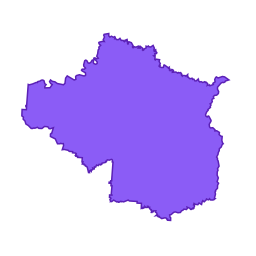 Kyogle, New South Wales, Australia, rotated 85°
{"feature_id": "25037944B88748338867232", "entity_name": "Kyogle", "entity_type": "district", "adm_level": 2, "iso_a3": "AUS", "parent_name": "Australia", "parent_adm1": "New South Wales", "projection": "robinson", "projection_center": [152.788, -28.646], "detail": "fine", "context": "isolated", "style": "filled", "palette": "violet", "viewbox_px": 256, "rotation_deg": 85, "n_neighbors": 0, "source": "geoboundaries", "source_scale": "gbopen_adm2", "svg_char_len": 5715}
<svg xmlns="http://www.w3.org/2000/svg" viewBox="0 0 256 256"><g transform="rotate(85 128 128)"><path d="M106.7,232.7L108.1,231.2L110.0,231.7L112.1,230.0L115.1,229.4L116.9,227.0L119.9,224.6L120.2,223.6L119.8,221.7L120.1,220.8L119.4,218.2L120.6,216.8L121.0,213.8L119.2,211.0L119.8,207.8L121.8,206.6L122.0,205.3L121.2,202.3L126.7,204.5L126.6,204.9L127.3,205.8L129.7,206.0L132.5,201.4L137.6,199.6L137.8,197.1L137.4,196.3L137.9,195.3L137.9,193.8L139.9,193.7L143.9,195.4L143.8,193.4L145.0,189.6L146.2,188.5L146.7,185.2L147.9,185.4L148.4,182.5L148.9,181.8L149.6,182.3L150.3,181.9L150.8,182.9L151.5,182.6L151.8,180.6L152.9,180.8L153.6,176.1L157.7,176.8L157.8,175.8L159.9,176.7L160.1,175.0L160.8,175.0L161.5,173.6L162.0,173.8L163.4,172.0L169.0,171.2L169.1,170.2L167.6,170.4L167.1,169.4L168.0,168.4L166.6,168.3L166.6,167.0L166.1,166.4L164.9,166.6L165.7,165.2L163.8,164.8L164.1,163.6L162.2,162.6L162.9,160.9L161.7,160.0L162.4,158.4L161.7,158.1L161.8,157.3L160.8,157.0L160.3,153.2L159.3,153.1L159.4,152.4L157.9,151.4L158.4,149.3L157.8,147.4L158.1,146.6L159.0,146.3L160.4,146.7L160.7,145.9L161.1,146.0L179.2,148.9L179.1,149.9L180.6,150.2L180.3,151.5L181.3,151.7L181.6,149.6L184.0,150.0L184.2,149.0L193.2,150.6L193.6,149.1L193.1,152.2L195.6,152.5L195.8,151.5L196.7,151.2L197.9,152.3L199.5,151.4L199.8,151.7L199.9,150.6L198.6,148.6L200.7,145.6L200.5,144.5L201.1,144.1L201.1,143.2L200.4,141.9L200.9,141.2L200.6,140.8L201.2,138.7L199.8,134.1L200.8,133.0L202.0,125.3L203.6,125.5L204.2,121.2L209.3,121.8L208.9,120.6L209.4,120.3L209.1,119.6L208.5,119.6L208.8,118.9L208.3,118.7L208.5,117.8L208.0,117.8L208.7,117.3L208.8,115.5L208.1,115.4L208.5,115.1L208.2,114.6L208.6,114.6L208.9,113.4L209.4,113.8L210.5,113.3L211.4,112.0L212.3,112.2L212.9,111.5L214.1,112.1L214.2,111.6L213.3,111.2L213.6,110.7L212.9,110.3L213.4,110.0L212.8,109.4L212.9,107.5L214.2,108.0L215.2,106.8L216.7,106.6L217.7,107.9L217.6,106.9L218.3,106.3L217.9,105.9L219.1,105.5L218.9,104.5L219.4,104.5L221.2,102.3L220.7,99.1L221.0,97.9L222.2,97.3L222.2,96.6L223.3,96.7L223.8,93.6L221.1,93.3L220.5,93.9L218.2,94.1L218.0,92.6L216.0,89.8L215.7,88.2L216.8,85.6L216.7,83.1L215.1,81.9L214.8,80.6L213.7,79.4L214.3,76.8L213.1,75.8L212.0,76.0L213.4,73.4L214.5,72.8L214.6,71.9L214.0,71.4L214.3,70.4L213.9,69.6L213.3,70.0L213.1,69.3L211.5,68.5L210.5,68.8L210.3,69.4L208.9,68.8L209.9,67.6L210.5,65.1L208.9,63.8L210.6,61.4L208.1,60.6L206.9,59.8L208.2,58.6L206.5,56.4L205.6,56.0L206.6,54.3L206.4,53.6L205.6,53.0L206.9,52.0L207.1,50.3L207.0,48.8L206.0,47.4L205.8,48.1L201.4,46.6L199.4,46.9L198.6,46.2L197.9,46.3L195.8,44.1L192.9,43.8L190.9,42.6L189.3,43.9L185.6,42.4L182.7,43.3L179.4,42.9L177.9,42.0L176.4,42.4L173.9,40.6L168.6,41.1L167.3,41.7L165.9,41.5L164.7,42.3L162.1,40.6L160.3,40.2L158.6,39.1L156.6,38.8L155.1,36.8L152.5,35.5L152.0,34.5L150.8,35.2L148.5,35.6L144.6,34.9L144.2,36.1L142.5,37.8L140.4,37.3L138.5,39.8L138.4,41.7L137.3,41.5L135.1,43.5L135.1,45.9L133.9,46.7L131.4,46.8L128.6,44.8L127.6,44.6L123.4,46.4L123.0,47.1L123.9,48.0L123.7,48.5L122.7,49.5L121.3,49.5L118.8,48.2L117.3,46.6L116.6,46.8L114.7,44.1L114.0,44.4L112.3,43.3L111.1,44.1L110.2,42.5L108.9,41.7L107.5,42.0L106.5,41.5L106.0,39.9L104.4,40.3L103.1,39.1L103.0,36.8L101.6,35.0L99.6,34.5L97.1,35.5L95.0,35.2L91.3,31.3L90.8,29.9L91.1,28.7L90.5,27.3L89.7,26.9L88.9,23.3L85.5,27.3L84.9,29.4L86.0,33.8L84.8,35.6L85.8,36.6L87.3,37.4L89.6,37.2L90.9,39.5L92.1,39.2L93.0,42.5L92.4,42.9L92.8,43.1L92.0,44.5L92.4,45.3L90.7,44.8L89.0,46.4L89.4,47.0L88.6,47.6L89.2,49.5L88.2,51.1L88.4,52.5L87.2,53.5L85.8,53.6L86.2,53.9L85.7,54.3L87.0,55.9L86.9,57.2L85.0,58.2L85.2,59.4L84.0,59.8L84.3,62.0L84.0,62.5L82.4,63.6L82.4,64.2L80.0,63.9L81.5,65.8L80.8,66.4L80.5,68.7L81.0,69.3L80.4,69.4L80.3,70.0L79.2,70.2L79.0,69.8L77.4,70.7L77.7,71.5L77.1,72.8L77.7,73.6L76.4,75.4L76.4,79.0L75.7,78.9L75.0,77.7L74.1,78.1L73.5,79.2L74.4,80.1L74.5,81.2L73.8,81.7L73.0,81.1L71.8,81.5L71.7,81.9L72.4,81.6L72.1,82.4L71.2,82.0L71.5,82.6L68.4,86.2L68.4,86.7L70.7,87.5L70.7,89.2L69.9,91.0L69.1,91.6L68.7,90.6L68.0,91.1L66.8,90.2L64.4,91.2L62.7,90.6L61.9,93.9L62.6,94.9L62.1,95.3L59.3,94.8L58.3,96.1L57.9,94.6L56.2,94.8L56.3,93.1L55.4,92.7L54.5,93.3L53.9,94.8L53.0,93.5L52.4,93.6L53.1,95.0L52.6,95.5L50.7,94.8L47.9,95.8L49.3,98.3L48.9,100.0L48.1,100.6L48.6,101.2L48.1,102.9L49.7,102.9L50.6,104.8L51.8,105.7L52.0,106.4L51.5,106.8L50.0,106.3L47.8,108.6L49.5,108.8L49.2,110.9L48.0,109.8L47.3,110.5L48.2,113.1L47.5,114.9L48.4,115.4L48.4,116.1L47.6,116.5L46.4,115.8L43.3,117.2L42.3,119.3L43.2,120.4L44.2,120.4L44.2,121.0L43.0,121.1L42.3,120.3L41.4,121.1L39.7,121.2L39.9,121.9L41.1,122.5L40.3,123.2L41.6,124.2L40.3,125.2L40.2,127.1L38.0,128.2L39.1,129.8L39.0,131.5L37.9,132.5L37.9,133.4L36.6,132.8L35.8,133.3L36.3,134.7L35.1,136.5L35.8,138.1L34.6,139.1L32.2,138.9L32.6,143.6L33.4,144.1L35.3,143.5L37.9,145.0L39.8,144.1L39.5,145.9L40.0,149.2L40.5,149.7L41.8,149.4L43.2,148.0L44.9,150.0L46.6,149.9L47.6,150.9L51.5,151.8L53.8,152.9L55.9,151.6L56.3,153.4L55.2,154.9L55.5,156.0L56.7,155.8L57.7,154.2L59.7,152.9L61.1,153.2L61.7,154.7L60.8,156.4L59.7,156.9L58.1,156.5L57.2,157.1L57.3,157.8L59.4,159.4L60.1,160.9L59.7,162.1L57.4,163.1L56.8,163.9L56.7,164.4L57.3,165.3L61.3,166.7L62.7,166.6L64.6,165.1L65.6,166.4L65.4,168.5L66.3,169.3L67.1,168.8L69.3,165.6L71.6,165.6L72.2,166.3L72.3,167.4L70.7,171.8L71.3,174.9L72.3,175.7L75.0,175.7L75.5,177.4L70.8,184.0L72.9,185.8L78.0,186.9L79.3,188.5L77.5,194.6L75.6,196.8L74.9,199.3L73.4,201.0L75.0,202.1L77.0,201.1L78.1,199.7L81.1,202.2L80.8,207.3L79.4,207.3L77.6,205.8L76.7,207.0L73.5,207.6L72.8,208.7L72.8,210.2L73.6,211.6L73.9,213.8L74.8,214.2L74.6,215.4L75.8,219.2L76.4,222.6L75.9,223.6L96.6,227.0L96.7,227.8L97.8,227.9L97.9,227.2L100.9,227.6L100.3,231.9L106.7,232.7Z" fill="#8b5cf6" stroke="#5b21b6" stroke-width="1.5"/></g></svg>